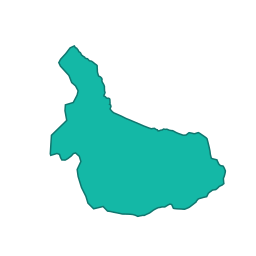 outline of Amasia, Shirak, Armenia, rotated 164°
{"feature_id": "60910142B69000045179154", "entity_name": "Amasia", "entity_type": "district", "adm_level": 2, "iso_a3": "ARM", "parent_name": "Armenia", "parent_adm1": "Shirak", "projection": "orthographic", "projection_center": [43.631, 40.973], "detail": "fine", "context": "isolated", "style": "filled", "palette": "teal", "viewbox_px": 256, "rotation_deg": 164, "n_neighbors": 0, "source": "geoboundaries", "source_scale": "gbopen_adm2", "svg_char_len": 3245}
<svg xmlns="http://www.w3.org/2000/svg" viewBox="0 0 256 256"><g transform="rotate(164 128 128)"><path d="M170.6,53.8L167.9,52.6L165.0,51.0L162.4,49.7L159.5,48.2L157.2,46.9L154.9,46.2L151.7,45.2L149.4,44.4L147.2,43.5L145.1,42.2L144.0,41.3L143.2,40.5L142.4,40.3L140.9,40.3L139.4,40.1L138.0,40.0L136.3,39.5L134.8,39.8L132.7,40.1L130.7,40.4L128.7,41.1L126.1,42.1L123.4,42.7L121.0,43.1L119.6,42.9L118.9,42.8L117.1,42.8L115.5,42.3L114.3,42.0L112.7,42.4L111.0,42.9L110.6,43.0L108.9,43.3L107.7,42.9L106.9,41.7L106.8,40.1L106.6,39.0L106.5,38.3L105.8,37.9L105.6,37.8L103.4,36.9L99.0,35.4L98.0,35.0L95.9,34.3L92.2,34.7L90.8,35.0L88.9,35.7L86.4,36.7L83.0,38.1L82.3,38.9L81.0,39.8L79.8,40.5L78.1,40.5L74.5,40.5L71.3,40.3L70.2,41.5L69.4,42.4L68.8,43.1L67.0,43.9L65.2,44.5L64.1,45.0L62.6,44.9L60.6,44.6L60.0,44.9L59.3,45.1L57.2,46.2L56.5,46.7L55.2,46.9L52.9,47.3L52.5,47.6L51.2,48.1L50.9,49.9L50.5,51.8L50.4,52.5L50.1,53.4L49.8,53.8L48.9,54.9L47.8,56.7L46.8,58.5L46.2,59.9L46.5,62.6L46.8,64.2L47.2,65.3L48.2,65.7L49.1,66.2L49.6,66.5L50.7,68.4L50.7,68.6L51.2,71.7L51.3,72.9L53.4,74.1L54.8,74.9L56.2,75.9L56.2,77.9L56.1,80.0L55.6,83.3L55.3,87.0L55.1,91.8L55.0,95.9L55.7,97.2L56.8,98.6L58.1,100.2L60.8,103.4L61.7,104.2L63.6,104.2L65.2,104.1L66.3,104.4L67.5,105.1L68.8,105.8L70.4,106.6L70.9,106.6L72.1,106.1L74.0,105.3L75.6,105.5L77.2,106.0L78.5,107.0L80.9,108.7L83.0,110.4L84.8,112.2L85.9,113.2L86.4,113.3L88.8,114.4L89.8,115.2L90.9,116.1L92.5,116.4L94.1,117.2L95.2,116.8L96.0,116.7L97.2,116.9L98.7,116.7L99.2,116.8L99.9,116.9L100.0,117.1L100.3,118.2L101.1,118.6L102.0,119.5L102.5,120.3L104.0,120.7L105.7,120.8L107.8,122.2L112.3,125.6L123.2,134.5L127.4,137.8L131.2,141.3L134.7,144.2L137.5,146.5L138.6,148.0L139.5,149.9L139.9,150.9L140.0,151.2L140.0,151.3L139.5,151.9L138.4,153.5L138.4,155.0L139.2,155.8L138.6,156.3L138.3,157.2L138.0,158.6L137.6,160.2L137.7,161.3L138.5,162.0L139.6,162.3L140.5,162.8L141.0,164.0L141.5,164.7L141.7,164.9L142.4,165.5L141.8,166.5L141.4,166.9L140.9,167.5L140.2,168.7L140.4,169.8L140.1,171.0L139.7,172.7L139.2,174.5L139.4,176.6L139.8,178.1L140.1,179.5L140.1,180.7L139.6,181.6L139.5,182.9L140.0,184.0L140.7,185.0L141.9,186.0L142.0,186.9L142.0,188.3L142.0,189.7L141.8,191.2L141.5,192.1L141.2,193.5L140.9,194.9L140.5,196.2L140.6,196.8L141.0,197.4L141.5,198.1L142.1,198.8L142.6,199.4L142.9,200.1L143.8,201.2L144.5,202.1L145.2,202.6L146.1,203.0L146.8,203.6L147.1,204.3L147.5,205.1L147.8,205.7L148.4,206.1L148.9,206.2L149.7,206.8L150.0,207.3L150.2,208.2L150.9,208.8L151.6,209.6L151.8,210.2L152.2,210.4L152.5,210.8L152.7,211.8L152.8,212.7L153.1,213.6L153.7,214.4L154.3,215.0L154.3,215.7L154.6,217.0L155.1,218.1L155.4,219.0L156.2,219.5L156.4,219.6L156.6,220.2L156.7,220.5L156.7,221.0L157.0,221.7L161.5,221.0L167.4,216.6L173.8,212.7L176.5,209.9L175.9,206.1L170.3,194.8L170.0,191.7L169.6,187.2L168.4,185.4L166.8,182.9L165.7,177.5L167.8,173.7L169.2,172.2L173.6,167.6L181.8,167.5L183.8,162.0L184.8,152.2L203.6,142.1L209.8,124.6L209.8,123.0L203.3,123.1L201.1,121.5L201.0,118.2L200.4,115.5L197.2,114.5L194.5,115.1L190.2,116.8L187.5,118.5L185.3,118.5L182.6,114.2L182.5,108.8L188.3,102.1L188.9,98.0L189.3,95.1L189.1,83.7L187.3,73.9L187.2,66.8L184.8,62.5L183.3,59.8L173.6,59.4L170.6,53.8Z" fill="#14b8a6" stroke="#0f766e" stroke-width="1.5"/></g></svg>